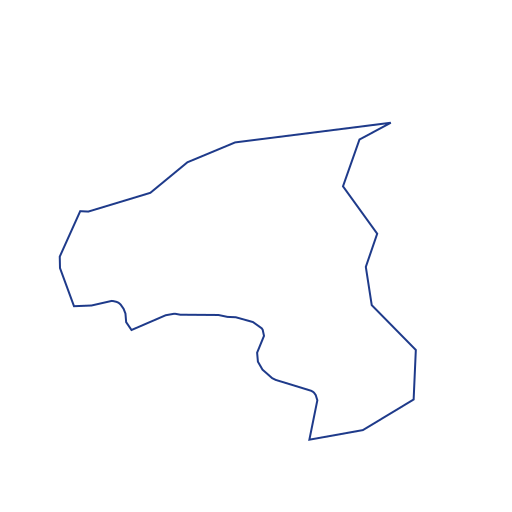 the London Borough of Croydon, rotated 285°
{"feature_id": "GBR-2065", "entity_name": "Croydon", "entity_type": "London Borough", "adm_level": 1, "iso_a3": "GBR", "parent_name": "United Kingdom", "parent_adm1": "", "projection": "orthographic", "projection_center": [-0.107, 51.353], "detail": "fine", "context": "isolated", "style": "outline", "palette": "blue", "viewbox_px": 512, "rotation_deg": 285, "n_neighbors": 0, "source": "natural_earth", "source_scale": "10m", "svg_char_len": 772}
<svg xmlns="http://www.w3.org/2000/svg" viewBox="0 0 512 512"><g transform="rotate(285 256 256)"><path d="M152.3,154.9L158.5,147.7L166.6,144.8L170.7,141.8L174.0,137.9L174.9,136.2L175.4,134.7L175.6,133.0L175.5,129.8L175.2,128.1L165.6,109.9L160.4,93.2L193.6,69.8L204.6,66.6L253.8,74.6L255.5,82.5L289.7,137.6L328.8,165.5L360.3,206.4L419.6,351.7L395.3,325.8L345.8,322.0L308.9,367.3L273.9,364.9L238.5,380.5L206.6,434.7L158.2,445.4L115.5,404.3L92.4,355.1L132.5,352.6L137.1,349.7L139.0,347.4L139.6,346.1L140.1,344.1L141.4,307.2L142.2,303.2L147.9,291.7L154.4,285.2L162.9,282.1L180.9,284.4L186.4,281.6L187.6,280.3L191.4,270.2L191.6,252.3L189.8,244.2L189.3,235.0L179.7,198.1L179.3,193.2L178.9,191.6L175.4,184.1L152.3,154.9Z" fill="none" stroke="#1e3a8a" stroke-width="2"/></g></svg>